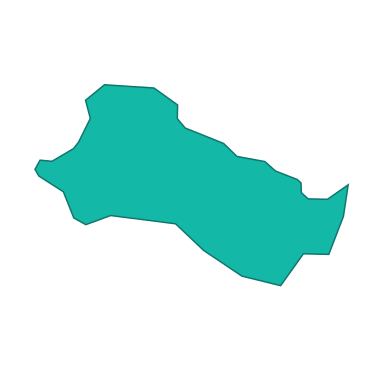 the Metropolitan Borough of Wakefield, rotated 207°
{"feature_id": "GBR-5675", "entity_name": "Wakefield", "entity_type": "Metropolitan Borough", "adm_level": 1, "iso_a3": "GBR", "parent_name": "United Kingdom", "parent_adm1": "", "projection": "natural_earth1", "projection_center": [-1.408, 53.656], "detail": "fine", "context": "isolated", "style": "filled", "palette": "teal", "viewbox_px": 384, "rotation_deg": 207, "n_neighbors": 0, "source": "natural_earth", "source_scale": "10m", "svg_char_len": 581}
<svg xmlns="http://www.w3.org/2000/svg" viewBox="0 0 384 384"><g transform="rotate(207 192 192)"><path d="M56.1,269.3L46.0,239.0L41.8,198.5L64.7,187.5L70.5,148.8L109.2,139.7L155.0,145.2L192.2,156.2L253.8,134.1L271.8,114.7L285.5,115.2L306.7,133.8L335.7,136.7L342.2,140.9L341.8,151.4L330.7,155.8L317.2,177.0L315.7,185.1L316.0,211.4L328.5,225.4L318.7,247.8L273.1,267.4L244.3,263.0L238.4,250.7L227.1,245.9L185.9,249.6L168.1,244.1L140.9,252.2L127.2,248.6L103.9,250.9L99.0,249.6L94.2,241.0L85.4,238.6L68.0,247.0L56.1,269.3Z" fill="#14b8a6" stroke="#0f766e" stroke-width="1.5"/></g></svg>